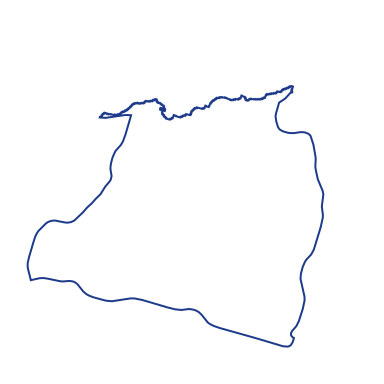 Santa Cruz de Barahona, Barahona, Dominican Republic, rotated 286°
{"feature_id": "3306468B33433581758578", "entity_name": "Santa Cruz de Barahona", "entity_type": "district", "adm_level": 2, "iso_a3": "DOM", "parent_name": "Dominican Republic", "parent_adm1": "Barahona", "projection": "robinson", "projection_center": [-71.102, 18.188], "detail": "fine", "context": "isolated", "style": "outline", "palette": "blue", "viewbox_px": 384, "rotation_deg": 286, "n_neighbors": 0, "source": "geoboundaries", "source_scale": "gbopen_adm2", "svg_char_len": 6059}
<svg xmlns="http://www.w3.org/2000/svg" viewBox="0 0 384 384"><g transform="rotate(286 192 192)"><path d="M79.7,330.3L80.2,328.6L81.2,327.1L82.0,326.5L84.0,326.1L85.9,326.5L91.9,329.3L97.4,330.3L110.4,330.7L118.9,330.1L122.6,328.9L138.3,320.3L143.6,319.2L150.5,319.1L156.0,319.8L158.5,320.6L164.8,323.8L170.2,325.0L193.5,325.4L203.5,324.8L206.2,324.1L213.8,320.8L226.0,318.9L229.5,317.0L238.8,309.5L247.3,304.9L250.6,303.5L257.9,301.8L260.2,300.9L270.9,295.7L278.3,290.7L279.1,289.9L280.1,287.6L280.4,283.9L279.6,280.1L276.6,273.5L275.5,269.2L275.3,264.8L275.5,261.9L276.2,259.3L276.9,258.1L278.5,256.5L283.2,253.5L287.7,251.5L290.4,251.1L301.9,251.1L307.6,255.9L314.5,259.3L315.7,261.6L315.7,260.6L316.2,260.6L316.2,260.0L316.7,260.0L316.7,259.5L318.2,259.5L318.2,260.0L321.2,260.0L321.2,258.3L320.7,258.3L320.7,257.2L319.7,257.2L319.7,256.0L318.7,256.0L318.7,255.5L318.2,255.5L318.2,254.3L317.2,254.3L317.2,253.2L316.7,253.2L316.7,252.6L316.2,252.6L316.2,251.5L315.3,251.5L315.3,250.9L314.8,250.9L314.8,250.4L313.3,250.4L313.3,249.8L312.8,249.8L312.8,249.2L312.3,249.2L312.3,247.0L311.8,247.0L311.8,245.8L310.3,245.8L310.3,245.2L309.8,245.2L309.8,243.5L309.3,243.5L309.3,243.0L308.8,243.0L308.8,241.3L308.3,241.3L308.3,240.7L307.8,240.7L307.8,239.6L307.3,239.6L307.3,238.4L306.8,238.4L306.8,237.3L306.4,237.3L306.4,236.7L305.4,236.7L305.4,236.2L302.9,236.2L302.9,235.6L302.4,235.6L302.4,235.0L301.9,235.0L301.9,234.5L301.4,234.5L301.4,233.9L300.9,233.9L300.9,233.3L300.4,233.3L300.4,232.2L299.9,232.2L299.9,231.0L299.4,231.0L299.4,229.3L298.9,229.3L298.9,227.6L298.4,227.6L298.4,225.9L298.0,225.9L298.0,223.1L297.4,223.1L297.4,222.0L297.0,222.0L297.0,221.4L296.0,221.3L296.0,220.8L295.5,220.8L295.5,219.7L295.0,219.7L295.0,219.1L295.5,219.1L295.5,218.0L296.5,218.0L296.5,217.4L297.4,217.4L297.4,216.3L298.0,216.3L298.0,213.4L298.4,213.4L298.4,212.9L295.5,212.9L295.5,212.3L295.0,212.3L295.0,211.7L294.5,211.7L294.5,211.2L294.0,211.2L294.0,210.6L293.5,210.6L293.5,208.3L293.0,208.3L293.0,207.8L292.5,207.8L292.5,206.6L292.0,206.6L292.0,206.0L291.5,206.0L291.5,204.3L291.0,204.3L291.0,203.2L291.5,203.2L291.5,199.2L292.0,199.2L292.0,197.5L291.5,197.5L291.5,194.7L291.0,194.7L291.0,193.0L290.5,193.0L290.5,192.4L290.0,192.4L290.0,191.8L289.5,191.8L289.5,190.1L289.0,190.1L289.0,189.6L288.1,189.6L288.1,189.0L287.6,189.0L287.6,188.4L286.6,188.4L286.6,187.9L286.1,187.9L286.1,187.3L285.6,187.3L285.6,186.7L284.6,186.7L284.6,186.2L283.6,186.2L283.6,185.6L282.1,185.6L282.1,185.0L279.2,185.0L279.2,184.5L278.2,184.5L278.2,181.6L278.7,181.6L278.7,181.0L276.2,181.0L276.2,180.5L275.7,180.5L275.7,179.9L275.2,179.9L275.2,178.8L274.7,178.8L274.7,173.7L274.2,173.7L274.2,173.1L273.7,173.1L273.7,172.0L273.2,172.0L273.2,171.4L272.2,171.4L272.2,170.8L271.3,170.8L271.3,170.3L270.3,170.3L270.3,169.7L269.3,169.7L269.3,169.1L267.8,169.1L267.8,169.7L266.3,169.7L266.3,169.1L265.8,169.1L265.8,168.6L265.3,168.6L265.3,165.1L264.8,165.1L264.8,164.6L263.8,164.6L263.8,164.0L263.3,164.0L263.3,162.9L262.9,162.9L262.9,162.3L262.3,162.3L262.3,161.7L261.4,161.7L261.4,160.6L260.9,160.6L260.9,160.0L260.4,160.0L260.4,155.5L260.9,155.5L260.9,153.2L257.9,153.2L257.9,152.6L257.4,152.6L257.4,152.1L256.4,152.1L256.4,150.9L255.9,150.9L255.9,150.4L255.4,150.4L255.4,147.0L255.9,147.0L255.9,146.4L256.4,146.4L256.4,145.3L256.9,145.3L256.9,144.1L257.9,144.1L257.9,143.5L258.4,143.5L258.4,142.4L258.9,142.4L258.9,141.8L259.9,141.8L259.9,141.3L261.9,141.3L261.9,140.7L262.3,140.7L262.3,139.0L262.9,139.0L262.9,138.4L263.8,138.4L263.8,139.0L264.3,139.0L264.3,140.7L263.3,140.7L263.3,141.3L262.3,141.3L262.3,143.5L263.8,143.5L263.8,143.0L264.3,143.0L264.3,142.4L264.8,142.4L264.8,141.8L265.8,141.8L265.8,141.3L266.8,141.3L266.8,140.7L267.3,140.7L267.3,139.0L267.8,139.0L267.8,137.9L268.3,137.9L268.3,136.7L268.8,136.7L268.8,135.6L268.3,135.6L268.3,134.5L268.8,134.5L268.8,133.9L269.3,133.9L269.3,133.3L269.8,133.3L269.8,132.8L270.8,132.8L270.8,132.2L271.3,132.2L271.3,131.6L270.8,131.6L270.8,130.5L269.8,130.5L269.8,129.3L269.3,129.3L269.3,128.8L268.3,128.8L268.3,127.1L267.8,127.1L267.8,126.5L267.3,126.5L267.3,124.8L266.8,124.8L266.8,122.5L266.3,122.5L266.3,122.0L265.3,122.0L265.3,121.4L264.3,121.4L264.3,120.8L263.8,120.8L263.8,119.1L263.3,119.1L263.3,118.0L262.8,118.0L262.8,116.8L262.3,116.8L262.3,115.7L262.8,115.7L262.8,115.1L262.3,115.1L262.3,114.6L261.9,114.6L261.9,112.9L261.4,112.9L261.4,112.3L260.9,112.3L260.9,111.7L260.4,111.7L260.4,111.2L259.9,111.2L259.9,110.6L258.9,110.6L258.9,110.0L257.4,110.0L257.4,109.5L256.9,109.5L256.9,108.9L255.4,108.9L255.4,108.3L254.9,108.3L254.9,107.8L253.9,107.8L253.9,107.2L253.0,107.2L253.0,106.6L252.5,106.6L252.5,106.1L252.0,106.1L252.0,105.5L251.5,105.5L251.5,104.9L250.5,104.9L250.5,103.8L250.0,103.8L250.0,103.2L249.5,103.2L249.5,102.6L249.0,102.6L249.0,102.1L248.0,102.1L248.0,101.5L247.0,101.5L247.0,100.9L246.5,100.9L246.5,99.8L246.0,99.8L246.0,99.2L245.5,99.2L245.5,98.1L245.1,98.1L245.1,96.4L244.5,96.4L244.5,92.4L244.1,92.4L244.1,90.2L243.6,90.2L243.6,88.5L244.1,88.5L244.1,86.2L243.6,86.2L243.6,85.6L242.6,85.6L242.6,85.0L242.1,85.0L242.1,84.5L240.6,84.5L240.6,83.9L239.1,83.9L239.1,83.3L238.6,83.3L238.6,82.8L238.2,82.8L239.5,88.6L247.3,105.9L248.1,108.3L249.0,112.3L228.8,112.2L221.7,111.7L217.7,110.7L210.2,107.1L203.4,106.1L197.9,106.2L193.8,106.7L191.3,107.4L185.2,110.3L181.6,110.5L179.4,109.9L173.2,107.1L164.8,104.7L158.6,101.2L154.1,99.1L148.0,95.4L142.4,92.8L132.1,86.7L129.7,84.0L128.1,80.5L127.6,77.6L126.9,68.8L126.1,66.0L124.9,63.8L123.4,61.8L121.6,60.3L112.2,55.1L109.8,54.3L105.8,53.6L100.2,53.4L84.7,53.3L79.0,53.6L76.2,54.2L73.7,55.1L62.8,61.4L66.9,68.8L68.3,72.6L68.9,76.9L69.9,90.3L70.6,93.1L72.7,98.6L73.2,102.3L72.8,104.9L71.8,107.3L66.4,114.9L64.7,118.7L64.0,121.7L63.6,126.4L63.8,139.1L64.9,145.1L72.8,162.3L73.9,166.4L74.5,174.3L74.3,200.3L74.6,208.3L75.7,214.4L78.6,221.1L79.1,223.7L79.3,226.4L79.1,229.1L78.4,231.7L76.5,235.3L71.0,243.0L70.0,245.7L69.2,250.2L68.9,256.5L69.1,291.8L68.8,321.9L69.6,326.0L70.1,327.3L71.8,329.1L75.0,330.1L79.7,330.3Z" fill="none" stroke="#1e3a8a" stroke-width="2"/></g></svg>